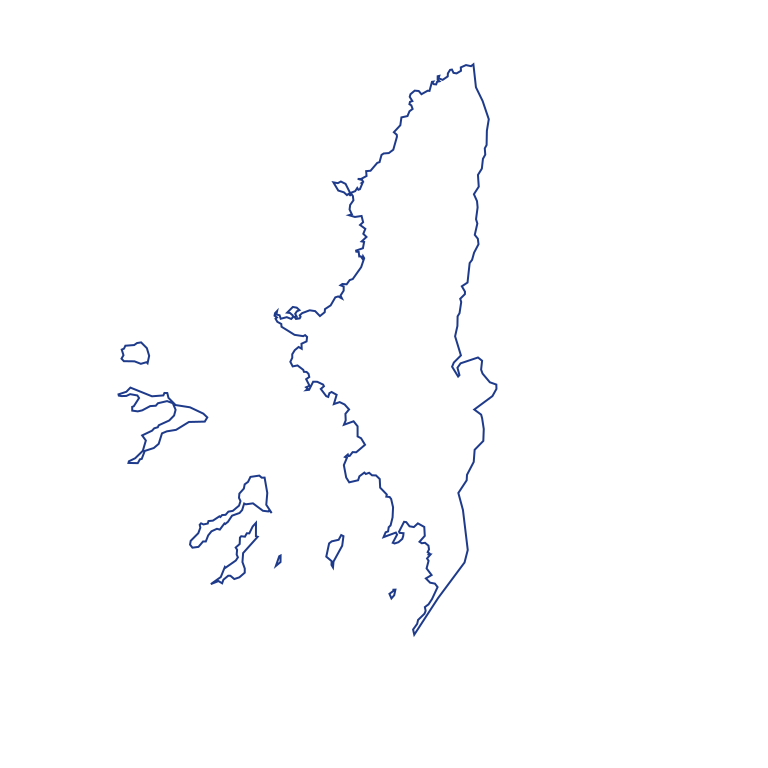 outline of Nioumachioi, Moûhîlî, Comoros, rotated 55°
{"feature_id": "10938185B46959303700006", "entity_name": "Nioumachioi", "entity_type": "district", "adm_level": 2, "iso_a3": "COM", "parent_name": "Comoros", "parent_adm1": "Moûhîlî", "projection": "robinson", "projection_center": [43.69, -12.344], "detail": "fine", "context": "isolated", "style": "outline", "palette": "blue", "viewbox_px": 768, "rotation_deg": 55, "n_neighbors": 0, "source": "geoboundaries", "source_scale": "gbopen_adm2", "svg_char_len": 6172}
<svg xmlns="http://www.w3.org/2000/svg" viewBox="0 0 768 768"><g transform="rotate(55 384 384)"><path d="M510.3,371.5L506.0,368.1L499.3,355.2L489.9,347.5L487.6,335.3L478.1,328.1L468.4,323.3L464.8,322.0L456.7,324.7L456.1,302.1L452.5,294.7L448.9,292.3L443.3,296.3L432.0,297.3L427.9,296.2L421.2,290.3L416.2,291.8L411.0,309.4L412.8,314.5L420.0,317.1L420.4,319.0L408.9,318.3L406.5,314.5L404.7,304.6L385.7,298.4L378.6,290.6L370.8,284.9L369.3,281.5L361.1,273.7L357.9,272.7L356.8,266.2L354.8,264.7L348.6,264.2L348.8,257.4L334.1,244.5L332.8,240.6L328.1,234.9L323.7,226.4L318.8,223.8L313.9,224.1L306.1,215.5L301.8,214.1L293.0,206.0L287.5,202.9L280.1,201.5L276.7,193.2L266.6,187.1L263.7,180.3L256.3,173.8L254.2,169.5L248.8,166.3L247.1,162.9L235.6,154.5L227.2,146.3L208.8,140.9L193.7,138.5L173.4,127.4L173.6,130.4L169.8,133.9L168.7,139.5L171.6,141.3L171.2,146.4L169.0,148.6L165.4,148.0L164.6,149.7L166.2,153.5L168.6,155.4L168.5,161.5L164.8,164.0L163.3,162.0L162.7,163.5L165.5,165.5L167.8,165.0L166.9,167.2L168.5,169.4L167.0,171.2L165.2,171.7L164.6,170.2L164.0,171.4L170.0,178.6L168.8,180.0L168.1,187.1L163.9,187.5L161.3,190.6L161.8,196.1L163.5,198.2L168.5,198.5L167.8,200.9L169.4,202.7L171.4,201.8L175.1,202.8L175.2,206.7L178.0,211.1L175.6,216.8L181.4,222.2L183.4,231.5L187.2,230.6L188.9,231.6L197.4,242.0L197.6,247.6L195.0,252.0L194.9,254.6L199.7,260.4L199.0,262.7L201.6,272.7L199.4,276.5L203.6,279.0L202.9,285.2L200.9,287.9L204.3,284.9L206.4,285.1L206.5,286.9L207.1,286.4L210.6,292.0L210.2,293.6L208.1,293.5L209.5,297.0L208.2,302.2L198.0,300.7L193.4,303.2L193.0,306.6L189.8,309.8L199.3,310.5L204.0,306.9L208.0,306.0L207.9,304.1L210.0,303.5L210.0,301.7L212.2,301.7L216.0,303.7L217.9,309.0L221.3,312.1L226.5,313.0L225.6,315.9L230.5,312.0L233.5,306.0L239.5,308.3L240.0,312.4L246.2,310.3L249.1,314.8L253.5,314.0L254.4,320.5L256.2,318.8L260.7,323.4L258.7,330.3L259.7,330.8L261.3,329.0L265.3,331.1L266.1,329.8L268.9,329.8L267.3,327.9L269.6,328.1L275.2,335.7L280.1,349.4L279.2,352.5L280.9,357.4L278.2,360.7L278.2,363.0L281.0,361.1L284.4,363.5L286.6,368.9L289.8,369.4L286.0,371.3L285.1,374.2L289.0,382.6L288.8,389.4L291.2,391.4L291.6,397.5L284.8,398.6L281.0,402.6L279.0,410.4L279.4,413.6L281.1,413.8L281.9,415.4L280.2,418.8L277.6,418.8L278.7,416.9L275.6,416.5L274.5,413.7L275.0,410.9L271.4,411.7L268.6,414.5L270.0,422.4L271.9,420.3L275.5,419.4L277.1,420.4L277.5,422.7L273.5,425.3L271.3,431.2L267.8,430.1L265.3,432.3L262.9,429.7L263.5,432.7L265.3,434.5L268.1,433.5L268.3,435.4L271.9,435.7L275.9,433.7L278.3,435.1L292.4,429.1L298.5,422.7L298.7,420.6L301.3,420.0L304.7,423.0L303.7,428.5L307.9,431.2L304.7,432.7L305.1,437.7L307.0,442.1L309.9,444.1L312.1,448.0L317.2,448.7L319.2,444.2L326.1,442.0L328.1,442.6L329.7,440.5L332.4,440.0L335.4,441.2L335.4,445.0L342.7,446.0L342.0,449.7L344.2,449.2L344.4,451.2L345.8,448.7L341.5,440.7L343.9,437.4L349.6,434.2L351.4,434.5L351.8,438.6L360.8,438.3L362.6,437.1L360.2,434.0L360.5,431.5L365.7,429.0L371.7,436.6L373.4,430.7L378.2,428.0L384.8,427.2L386.3,432.7L391.8,436.2L394.4,440.2L397.1,430.3L403.5,429.9L411.8,435.7L415.3,433.9L422.9,434.4L424.0,445.9L421.8,448.8L423.2,453.3L422.5,454.6L421.0,454.1L421.4,457.8L423.2,456.7L427.4,463.4L438.9,468.6L444.6,468.9L448.0,460.4L445.5,457.1L445.3,450.9L447.3,450.5L448.2,447.1L451.9,446.2L454.3,443.0L459.4,442.0L466.7,446.6L476.1,445.1L477.6,446.7L479.8,444.2L482.3,444.1L490.2,447.3L498.2,453.5L503.6,459.7L504.0,462.3L507.1,465.2L506.4,467.7L509.2,472.2L512.5,459.5L514.9,459.7L519.1,467.9L520.7,466.8L521.9,462.9L521.4,457.9L519.5,455.4L517.4,453.6L514.9,456.6L513.6,456.4L508.4,446.6L509.9,445.0L515.2,444.7L518.3,441.6L517.6,436.2L524.2,433.0L531.8,437.7L533.6,445.4L536.1,444.4L537.6,441.5L541.9,440.3L545.3,442.0L546.8,444.7L548.7,444.0L549.1,445.1L550.3,443.6L551.6,448.8L554.4,448.9L559.5,454.9L567.8,454.6L567.3,461.2L573.2,460.2L576.7,456.8L581.1,456.6L587.7,468.0L590.0,473.8L590.2,478.5L593.7,480.0L595.4,482.6L596.8,491.4L599.5,494.4L601.8,501.0L606.7,503.0L590.3,462.3L576.4,420.4L568.0,410.6L532.5,391.6L515.9,385.6L510.3,371.5ZM310.0,547.9L304.6,549.0L291.8,556.3L281.7,566.8L271.7,568.5L267.1,566.7L265.4,569.0L266.8,571.3L261.0,581.1L241.5,593.8L242.6,599.5L240.2,607.4L241.4,607.9L243.3,606.0L246.0,601.9L246.7,597.8L251.9,592.6L255.0,592.7L258.7,601.7L258.3,603.4L261.4,605.5L265.2,601.4L266.9,597.2L268.0,588.2L270.9,583.4L270.1,580.2L273.6,571.5L278.6,568.0L285.6,569.5L289.4,574.0L290.7,580.9L288.6,592.2L289.7,594.1L288.5,597.6L289.2,600.8L287.4,611.6L293.7,611.5L300.4,619.9L302.1,630.4L301.0,637.3L302.1,638.6L307.6,631.1L305.7,627.1L306.4,625.4L301.6,618.4L304.4,609.3L303.8,602.9L297.1,594.2L298.2,589.1L302.3,580.6L303.2,565.6L312.0,552.4L310.0,547.9ZM406.3,542.1L392.2,535.5L390.6,537.9L387.5,538.7L383.5,546.7L386.2,551.5L386.3,555.7L389.3,558.8L390.8,565.3L394.1,568.1L397.6,568.7L400.5,572.5L401.2,580.6L399.3,584.7L400.3,588.8L398.5,591.8L399.1,594.3L398.0,594.7L397.8,602.5L395.6,606.4L397.2,608.4L395.5,612.4L393.2,613.8L393.6,615.7L396.3,616.8L399.7,621.7L401.6,632.3L404.3,635.0L408.2,634.8L411.0,629.4L409.2,622.5L410.8,620.3L407.2,614.9L405.7,609.8L406.8,603.9L409.1,602.0L406.7,594.7L407.6,594.4L407.4,590.9L404.7,584.0L406.8,576.3L405.9,572.5L401.7,567.1L403.3,566.2L406.6,559.8L418.4,555.9L422.0,551.9L421.7,550.6L425.2,550.0L415.4,549.7L406.3,542.1ZM435.2,576.2L424.3,568.5L425.4,573.3L429.1,580.0L427.6,582.0L429.3,585.5L426.8,588.3L427.2,590.1L432.3,594.0L432.9,599.3L435.5,599.4L439.2,602.5L442.2,603.1L443.6,606.6L443.6,619.2L442.6,619.3L448.5,628.4L448.6,640.6L450.5,632.6L454.4,630.9L452.2,627.8L451.7,621.6L453.0,619.8L457.9,618.5L459.4,613.4L458.7,606.3L455.3,603.9L448.7,602.1L441.7,596.4L436.7,575.1L435.2,576.2ZM226.2,560.2L218.6,557.7L210.6,559.1L208.8,562.8L208.8,566.3L204.3,573.9L205.9,576.7L205.4,579.1L211.0,580.9L212.7,584.5L216.1,584.0L222.3,575.4L228.0,571.6L229.9,566.1L231.4,565.8L226.2,560.2ZM492.5,511.0L485.4,504.5L483.2,505.7L485.6,510.5L482.9,517.1L483.1,520.4L492.3,530.3L499.1,528.5L502.1,530.8L505.0,531.0L500.5,527.2L492.5,511.0ZM559.0,492.6L557.9,494.3L558.9,495.2L559.0,499.9L563.9,500.9L562.9,496.8L559.0,492.6ZM470.5,570.9L465.2,567.1L465.0,568.6L471.0,576.9L470.5,570.9Z" fill="none" stroke="#1e3a8a" stroke-width="2"/></g></svg>